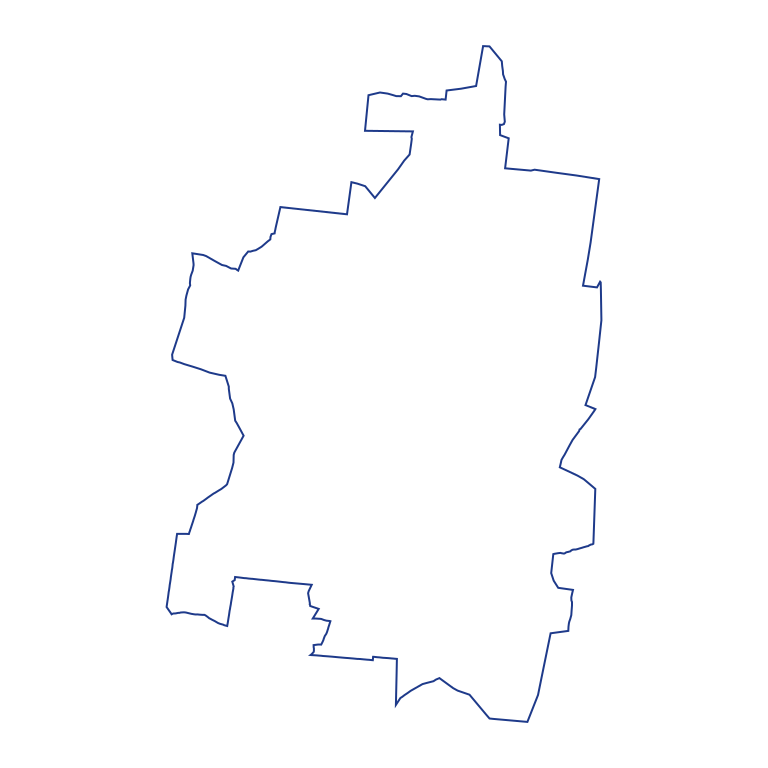 Tunkás, Yucatán, Mexico
{"feature_id": "50627088B40114968381237", "entity_name": "Tunkás", "entity_type": "district", "adm_level": 2, "iso_a3": "MEX", "parent_name": "Mexico", "parent_adm1": "Yucatán", "projection": "mercator", "projection_center": [-88.776, 20.896], "detail": "fine", "context": "isolated", "style": "outline", "palette": "blue", "viewbox_px": 768, "rotation_deg": 0, "n_neighbors": 0, "source": "geoboundaries", "source_scale": "gbopen_adm2", "svg_char_len": 5521}
<svg xmlns="http://www.w3.org/2000/svg" viewBox="0 0 768 768"><path d="M599.0,342.6L601.4,320.3L600.9,289.8L600.7,282.4L600.1,281.7L597.0,287.4L583.0,285.7L587.8,259.6L590.6,242.5L599.2,179.1L576.5,175.5L556.5,172.8L534.6,169.7L530.9,170.6L505.1,168.3L508.7,138.3L500.1,135.1L499.9,124.7L501.7,124.9L503.9,124.1L504.8,121.7L504.2,114.4L505.6,86.7L506.0,81.7L504.7,79.0L503.5,75.5L503.1,74.5L502.9,71.0L502.2,66.0L501.8,61.3L489.5,46.4L483.1,46.1L476.1,86.0L461.1,88.7L446.6,90.5L445.6,99.6L441.6,99.2L440.4,99.6L430.6,99.1L427.7,99.3L425.8,98.8L419.2,96.4L414.8,95.8L411.6,96.1L406.4,94.0L403.0,93.6L400.9,96.2L396.2,96.1L393.0,95.1L387.7,93.6L380.0,92.5L368.5,95.2L365.0,130.8L412.9,131.4L411.4,137.1L411.8,138.8L411.1,144.2L409.6,154.5L404.2,160.6L398.0,169.4L374.9,198.0L365.2,186.2L357.3,183.6L351.4,182.2L351.0,185.2L347.0,214.3L280.4,207.1L275.7,227.6L275.3,229.7L274.8,231.8L274.6,233.4L271.5,234.1L270.5,236.9L270.3,239.4L267.7,241.4L261.6,246.7L258.2,248.8L255.8,250.2L253.0,250.8L250.4,251.6L248.2,251.5L243.4,257.3L238.9,268.7L238.2,270.6L237.5,270.2L235.6,268.8L231.1,268.5L226.1,265.9L222.0,265.0L218.9,263.3L214.4,260.8L206.2,256.1L203.2,255.0L192.3,253.3L193.5,263.3L193.6,265.1L192.7,270.7L191.2,274.7L190.6,276.8L190.3,278.9L190.1,280.9L189.9,283.2L190.2,285.4L189.1,287.5L188.1,289.4L186.4,295.6L185.6,299.6L185.4,305.7L184.5,314.8L184.2,317.8L172.1,354.7L172.6,360.0L177.6,362.0L179.9,362.5L184.2,364.1L192.5,366.6L201.0,369.3L209.6,372.6L219.2,374.8L225.4,375.8L228.8,386.6L228.8,388.8L230.1,398.6L232.2,403.1L232.3,403.3L233.7,409.4L235.2,420.7L236.7,423.0L240.0,429.0L243.6,435.7L234.3,452.6L233.7,454.9L233.5,462.6L232.1,468.1L227.1,484.2L226.1,485.3L222.2,488.3L221.1,489.1L220.1,489.7L219.4,490.1L216.0,492.2L215.4,492.6L213.7,493.5L212.5,494.3L211.4,495.1L207.8,497.6L206.5,498.6L204.3,500.2L203.2,501.0L202.1,501.6L199.4,503.5L197.3,504.9L197.3,505.6L197.0,508.2L196.2,511.0L195.8,512.5L195.0,515.2L194.7,516.2L193.7,519.2L193.4,520.1L193.2,520.9L192.0,524.5L191.4,526.3L191.1,527.3L190.2,529.8L190.0,530.7L189.5,531.9L188.9,534.0L186.7,533.9L183.6,533.9L177.1,533.9L176.8,535.8L176.0,541.5L175.9,542.4L175.1,547.8L174.7,550.6L173.9,555.9L173.4,559.8L173.2,561.1L172.9,563.0L172.7,563.8L172.5,565.8L172.4,566.9L172.2,568.4L172.0,569.5L171.9,569.9L171.8,570.6L171.7,571.5L171.4,573.5L170.9,576.9L170.6,579.4L170.3,581.4L169.7,585.1L169.5,586.9L169.0,590.4L168.7,591.9L168.4,594.3L168.1,596.6L167.6,600.1L167.5,600.7L166.8,605.5L166.6,607.0L169.5,611.2L171.2,613.6L171.6,614.3L173.0,613.6L173.6,613.5L175.9,613.4L176.6,613.2L178.2,612.9L179.3,612.9L180.7,612.5L183.7,612.3L185.0,612.4L186.3,612.6L188.3,613.1L191.2,613.8L194.1,614.3L195.8,614.5L197.2,614.4L200.2,614.7L203.2,614.9L204.2,614.8L205.4,615.3L207.6,616.9L209.3,618.3L209.8,618.5L212.0,619.7L213.6,620.5L214.8,621.1L218.0,623.0L220.0,623.8L223.3,624.7L224.2,625.2L227.2,626.0L227.8,622.6L228.5,618.1L229.0,615.1L229.6,610.8L230.0,608.9L230.1,608.3L230.2,607.5L230.8,604.3L231.0,602.8L232.1,596.3L232.7,592.3L233.4,588.5L233.4,587.3L233.7,586.5L232.3,581.6L234.7,580.1L235.1,577.0L236.9,577.2L237.8,577.3L240.4,577.6L244.1,578.1L246.0,578.2L246.8,578.3L248.2,578.5L251.3,578.8L252.0,578.8L255.5,579.2L258.1,579.5L261.0,579.8L261.6,579.8L265.3,580.2L268.5,580.5L270.3,580.7L270.9,580.8L275.4,581.2L279.0,581.6L283.3,582.1L285.6,582.3L288.5,582.7L290.5,582.9L303.1,584.0L311.7,584.8L308.7,591.1L308.1,593.2L309.9,603.4L309.7,604.2L310.1,605.1L310.2,606.0L318.7,608.9L312.8,618.5L315.1,618.5L318.1,618.7L320.1,618.8L321.4,619.0L324.0,620.0L326.6,620.7L329.7,621.0L330.4,621.2L329.8,623.0L329.4,624.4L328.4,627.4L328.0,629.1L327.8,629.5L327.1,631.8L326.3,633.8L324.8,636.0L323.8,638.6L323.4,640.0L322.6,641.8L321.2,644.6L319.9,644.5L318.3,644.5L316.0,644.8L313.6,645.1L313.7,647.5L313.9,648.3L313.9,650.9L313.7,651.9L313.0,652.7L311.9,653.9L311.5,654.3L310.6,655.0L311.7,655.1L313.6,655.2L316.7,655.4L321.5,655.8L323.0,656.0L326.0,656.2L331.2,656.6L335.6,657.0L337.6,657.2L341.1,657.5L344.5,657.8L348.6,658.1L352.0,658.4L353.2,658.5L357.2,658.9L360.0,659.0L363.0,659.3L367.4,659.7L369.0,659.8L371.8,660.1L372.8,660.2L373.0,658.2L373.1,656.8L373.7,656.8L377.1,657.2L379.7,657.4L383.1,657.8L385.0,657.9L388.1,658.1L389.3,658.2L391.3,658.4L393.7,658.6L394.6,658.7L396.9,658.9L396.6,673.6L395.9,704.9L400.4,698.0L402.3,696.8L404.5,695.1L407.5,693.1L410.7,690.8L422.5,684.1L426.5,683.0L433.5,681.2L435.9,679.6L439.4,678.1L453.1,688.1L457.6,690.6L469.5,694.7L473.1,699.0L485.9,714.3L489.5,718.5L493.2,718.9L527.4,721.9L537.9,695.3L538.0,695.1L541.0,680.3L550.6,633.3L554.2,632.8L568.3,630.9L568.5,626.6L568.9,623.4L569.3,621.6L570.2,619.1L571.3,615.1L571.6,610.6L572.0,605.4L572.0,602.0L571.4,600.4L571.3,597.4L572.2,593.2L573.0,589.9L559.4,588.0L558.2,587.8L553.7,580.7L551.2,573.1L553.3,554.1L554.4,553.8L555.1,553.7L555.7,553.6L558.0,553.2L560.5,552.9L561.5,553.2L564.0,553.6L565.0,553.2L566.1,552.4L567.1,552.1L568.3,551.9L569.2,551.6L570.4,551.3L571.0,550.6L572.4,549.8L573.4,549.6L574.3,549.5L575.2,549.5L575.8,549.5L577.5,549.1L579.4,548.5L582.2,547.7L583.4,547.3L585.2,546.8L586.9,546.3L588.1,546.1L588.6,545.8L589.1,545.4L590.0,545.0L590.7,544.6L592.0,544.4L592.6,544.2L593.3,543.8L593.4,542.9L593.5,540.4L595.3,488.9L588.7,483.3L583.8,479.2L577.5,475.6L559.8,467.3L560.8,463.1L561.5,459.9L563.1,457.1L564.6,454.7L569.6,445.3L572.6,439.9L579.1,431.1L579.6,429.4L580.5,429.0L588.2,419.4L594.5,410.5L594.5,410.4L594.7,410.2L595.4,409.1L585.5,405.1L595.1,377.1L596.2,367.9L599.0,342.6Z" fill="none" stroke="#1e3a8a" stroke-width="2"/></svg>